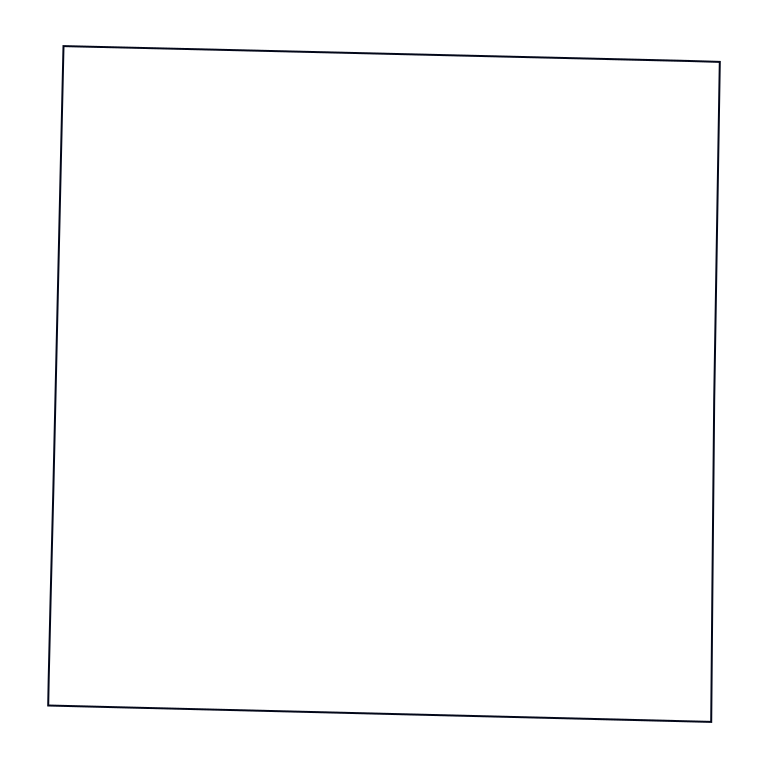 Lawrence, Missouri, United States of America (Mercator projection)
{"feature_id": "52423323B4731020405921", "entity_name": "Lawrence", "entity_type": "district", "adm_level": 2, "iso_a3": "USA", "parent_name": "United States of America", "parent_adm1": "Missouri", "projection": "mercator", "projection_center": [-93.833, 37.106], "detail": "fine", "context": "isolated", "style": "outline", "palette": "ink", "viewbox_px": 768, "rotation_deg": 0, "n_neighbors": 0, "source": "geoboundaries", "source_scale": "gbopen_adm2", "svg_char_len": 262}
<svg xmlns="http://www.w3.org/2000/svg" viewBox="0 0 768 768"><path d="M689.4,61.0L63.5,46.1L53.3,491.7L50.6,598.8L48.7,678.7L48.2,705.5L127.6,707.5L711.2,721.9L712.4,587.9L714.2,399.7L719.8,61.9L689.4,61.0Z" fill="none" stroke="#020617" stroke-width="2"/></svg>